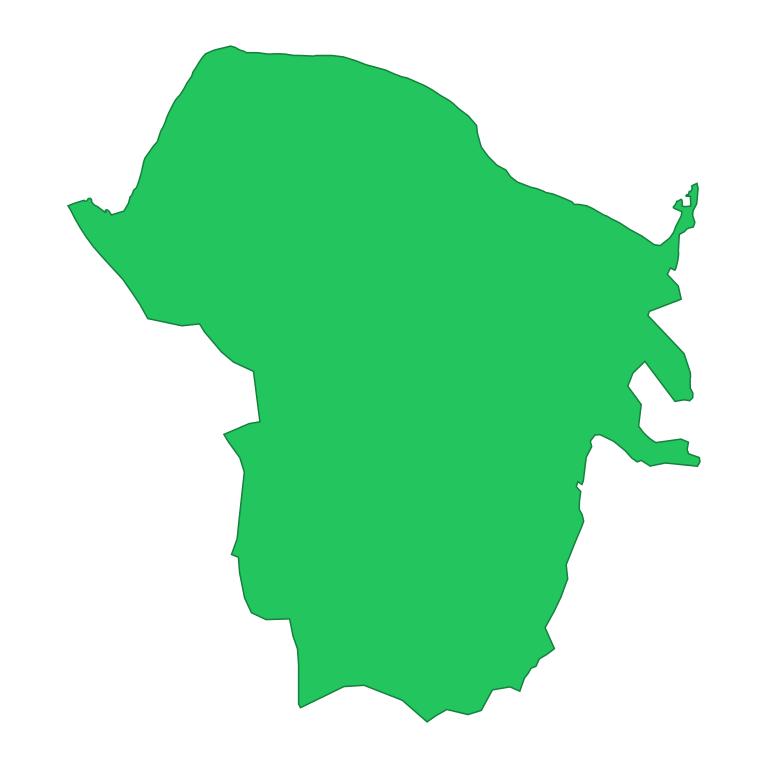 the district of Hong, Adamawa, Nigeria
{"feature_id": "59680162B84612216171504", "entity_name": "Hong", "entity_type": "district", "adm_level": 2, "iso_a3": "NGA", "parent_name": "Nigeria", "parent_adm1": "Adamawa", "projection": "natural_earth1", "projection_center": [12.969, 10.288], "detail": "fine", "context": "isolated", "style": "filled", "palette": "green", "viewbox_px": 768, "rotation_deg": 0, "n_neighbors": 0, "source": "geoboundaries", "source_scale": "gbopen_adm2", "svg_char_len": 3818}
<svg xmlns="http://www.w3.org/2000/svg" viewBox="0 0 768 768"><path d="M700.0,461.8L699.3,457.6L688.5,453.7L687.1,449.4L688.5,442.2L681.0,439.1L655.8,442.6L651.9,440.1L649.4,438.2L646.9,436.0L643.2,432.3L638.6,426.1L641.2,404.5L627.8,386.2L632.9,373.1L644.9,361.4L675.0,401.4L684.3,399.8L689.7,400.7L692.7,397.7L692.9,393.3L690.2,388.0L690.4,385.2L689.9,384.1L690.3,382.2L690.0,379.8L690.5,377.3L690.4,372.9L684.1,353.7L647.9,315.5L649.3,311.4L681.2,299.2L678.3,286.1L667.3,274.4L670.4,268.0L674.9,270.2L675.4,269.3L676.2,267.2L676.9,264.2L677.7,261.0L678.2,257.6L678.6,254.3L678.4,250.2L678.9,241.6L679.3,234.5L681.6,233.1L684.2,231.8L687.2,228.7L689.9,227.8L693.3,227.0L694.9,222.3L692.7,215.8L693.0,211.0L696.7,203.8L698.1,188.6L697.0,183.4L693.4,185.0L691.6,186.1L692.2,188.4L690.7,191.6L689.3,191.4L688.7,193.3L688.4,194.8L686.8,194.6L686.7,195.1L686.0,195.7L686.3,196.3L687.9,196.2L689.4,196.5L690.4,196.4L690.8,206.0L684.8,206.7L682.0,205.8L682.3,202.8L682.0,200.6L682.0,200.1L680.9,199.3L678.2,201.2L677.0,201.1L675.7,204.0L673.4,207.0L673.3,207.7L675.0,208.7L681.9,211.7L681.3,215.6L678.4,221.5L675.5,227.0L673.8,232.0L669.8,237.9L660.2,245.6L654.2,244.7L641.8,236.0L630.0,229.6L625.8,226.9L619.7,222.9L612.0,219.1L611.7,219.0L607.2,216.3L605.6,215.7L605.3,215.6L603.8,215.0L592.4,208.4L586.7,205.8L578.8,204.4L574.2,204.4L571.9,201.8L562.9,197.9L554.0,194.4L552.6,193.9L545.8,192.5L543.5,191.2L536.7,188.6L531.0,187.3L517.3,182.0L510.5,176.7L506.0,170.1L497.1,165.4L488.4,156.7L481.2,147.0L477.4,133.2L476.5,125.4L472.0,120.2L470.8,118.9L468.6,116.2L460.2,109.8L458.3,108.3L452.7,103.1L449.2,100.5L441.3,95.9L440.1,95.2L439.7,94.9L437.9,93.7L432.2,89.9L425.4,86.0L407.2,78.0L401.5,76.7L394.7,74.1L385.6,70.1L376.4,67.5L372.0,66.3L371.6,66.2L366.2,64.8L356.0,60.8L343.4,56.9L332.0,55.5L316.1,55.5L313.5,56.1L301.3,55.5L293.3,55.4L285.3,54.1L279.6,53.8L273.9,53.9L268.2,54.1L257.9,52.7L246.5,52.7L244.3,51.4L239.7,50.0L235.2,47.4L230.6,46.1L214.6,50.0L211.2,51.3L205.5,53.9L202.1,57.8L198.6,63.0L196.3,67.0L192.9,72.2L191.7,76.2L187.2,82.7L183.7,89.2L180.3,94.5L175.7,99.7L173.4,103.7L168.8,112.8L166.5,118.1L165.3,122.0L163.0,127.2L160.7,131.2L157.3,141.7L153.8,145.6L150.4,150.3L148.2,153.5L144.8,158.4L143.6,162.2L142.5,167.3L141.2,173.1L138.9,181.0L136.6,187.5L133.6,190.3L131.8,195.3L130.1,196.8L128.5,203.2L123.9,211.1L111.4,214.9L109.2,211.4L107.0,209.7L106.9,209.7L105.4,210.4L106.0,211.9L105.1,212.4L97.7,206.7L94.4,205.1L92.4,202.9L91.7,201.9L91.5,199.6L90.5,198.4L88.9,198.6L88.6,198.5L88.2,198.9L87.5,199.5L87.3,200.1L86.7,200.9L86.4,201.0L86.0,201.2L85.1,201.2L84.0,200.3L75.0,203.1L71.5,204.4L69.8,205.1L68.0,205.8L70.5,209.8L75.1,218.9L78.0,223.9L80.4,228.1L84.4,234.2L86.4,237.3L93.2,246.5L102.3,257.0L122.8,279.3L131.9,292.4L139.8,304.2L147.8,318.6L182.0,325.8L199.6,323.9L204.4,331.8L221.4,351.9L233.5,362.1L253.5,371.4L259.9,421.8L249.2,423.6L223.9,434.4L228.4,441.9L239.8,457.6L244.3,472.1L239.1,519.8L237.6,534.3L237.1,538.9L231.5,554.5L238.4,557.2L239.6,572.7L244.6,597.9L251.4,612.7L266.0,619.6L289.6,618.9L293.0,635.9L297.5,649.0L298.6,664.7L298.6,687.0L298.6,700.5L298.6,704.0L300.5,707.7L343.8,686.6L364.1,685.3L402.3,700.3L427.1,721.9L435.4,716.0L446.8,709.5L468.0,714.6L481.3,710.4L492.4,689.9L504.1,687.9L510.0,686.9L519.8,691.2L524.4,678.1L528.2,673.3L531.2,668.1L535.9,666.4L539.3,658.9L547.1,654.2L554.4,648.7L545.1,627.7L554.1,611.4L561.0,597.0L566.7,581.3L567.7,579.1L566.2,564.7L574.9,542.9L578.4,534.5L581.1,528.2L583.7,521.3L582.2,514.8L579.2,509.3L579.5,500.9L580.7,491.5L576.3,486.8L577.8,481.7L581.9,484.5L583.3,481.0L584.5,471.4L586.2,457.3L591.7,446.7L590.3,441.2L595.0,435.0L600.1,434.7L608.0,438.5L613.7,441.3L625.4,450.9L631.7,458.0L637.2,461.9L641.3,460.4L650.1,466.1L665.1,463.0L697.5,466.2L700.0,461.8Z" fill="#22c55e" stroke="#15803d" stroke-width="1.5"/></svg>